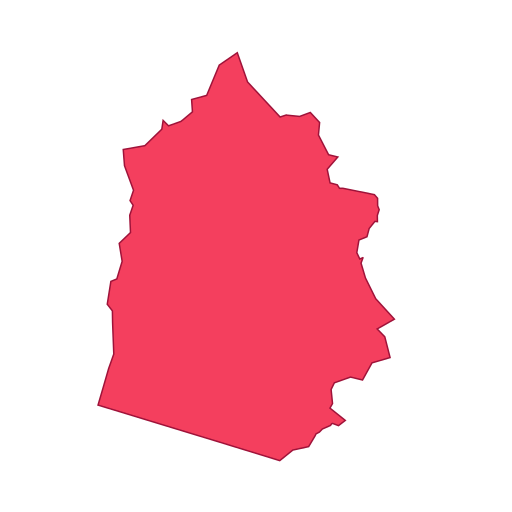 outline of Wilkes, North Carolina, United States of America, rotated 105°
{"feature_id": "52423323B43261157004179", "entity_name": "Wilkes", "entity_type": "district", "adm_level": 2, "iso_a3": "USA", "parent_name": "United States of America", "parent_adm1": "North Carolina", "projection": "orthographic", "projection_center": [-81.218, 36.219], "detail": "fine", "context": "isolated", "style": "filled", "palette": "rose", "viewbox_px": 512, "rotation_deg": 105, "n_neighbors": 0, "source": "geoboundaries", "source_scale": "gbopen_adm2", "svg_char_len": 1295}
<svg xmlns="http://www.w3.org/2000/svg" viewBox="0 0 512 512"><g transform="rotate(105 256 256)"><path d="M64.5,326.7L81.1,340.9L113.6,345.2L121.5,358.7L133.2,354.7L143.5,361.9L143.8,362.1L144.1,362.4L144.8,362.9L145.2,363.2L145.4,363.3L152.9,374.2L149.1,380.8L157.9,379.8L178.2,391.9L187.5,411.8L202.8,406.4L224.2,391.3L235.1,392.0L238.8,387.8L249.3,388.5L265.8,383.3L279.2,391.4L295.8,383.9L314.2,384.5L318.1,389.6L341.1,387.2L346.2,380.5L357.4,377.3L387.5,368.0L389.9,368.2L395.4,368.6L400.3,369.0L402.7,369.2L423.8,369.6L440.9,370.0L445.2,243.3L447.5,180.1L433.9,170.2L426.5,155.8L414.5,152.4L412.3,152.0L409.7,149.2L405.9,147.1L400.4,140.2L398.4,139.5L397.9,138.6L398.5,132.4L391.7,127.2L383.8,145.2L378.7,143.9L365.5,148.9L358.2,147.5L348.5,133.4L348.2,121.0L329.2,116.3L319.4,100.2L300.7,110.7L295.1,120.1L281.2,106.0L266.3,129.3L248.9,144.6L235.7,152.7L230.1,152.2L230.0,152.4L232.0,155.0L226.7,159.5L213.9,160.7L208.7,153.8L200.1,153.8L191.8,150.1L191.4,147.6L185.4,149.3L179.4,149.0L176.0,151.5L168.8,153.5L166.1,157.5L168.1,189.6L169.0,192.9L166.2,195.9L166.2,203.4L153.8,209.7L139.2,202.6L139.4,212.1L123.0,227.0L110.6,229.1L103.3,240.7L109.9,250.0L112.0,262.8L111.9,263.0L112.0,263.3L115.5,268.7L90.1,309.2L64.5,326.7Z" fill="#f43f5e" stroke="#9f1239" stroke-width="1.5"/></g></svg>